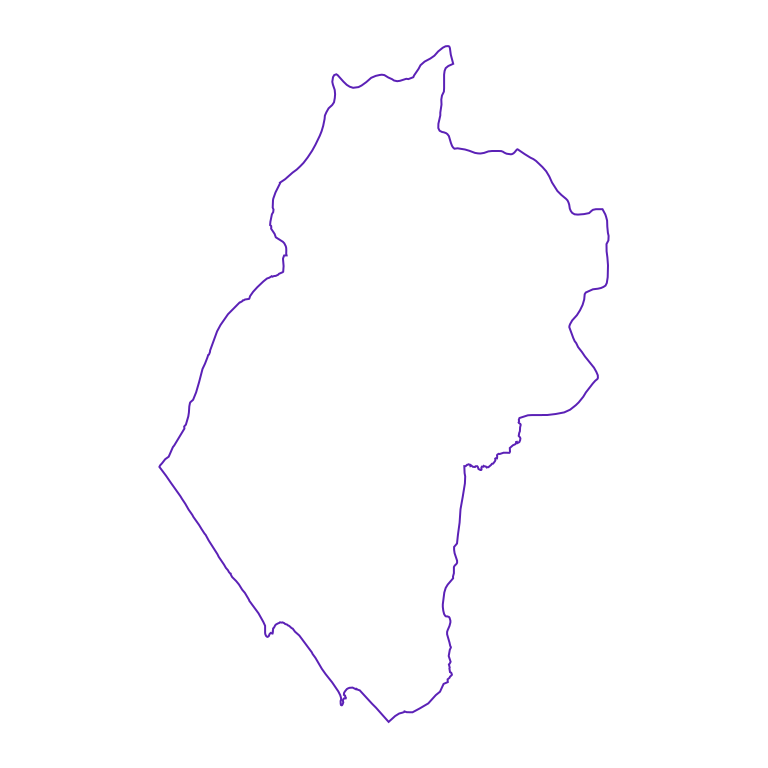 outline of Aceh Barat, Aceh, Indonesia
{"feature_id": "22746128B65593111718524", "entity_name": "Aceh Barat", "entity_type": "district", "adm_level": 2, "iso_a3": "IDN", "parent_name": "Indonesia", "parent_adm1": "Aceh", "projection": "equal_earth", "projection_center": [96.186, 4.452], "detail": "fine", "context": "isolated", "style": "outline", "palette": "violet", "viewbox_px": 768, "rotation_deg": 0, "n_neighbors": 0, "source": "geoboundaries", "source_scale": "gbopen_adm2", "svg_char_len": 6063}
<svg xmlns="http://www.w3.org/2000/svg" viewBox="0 0 768 768"><path d="M606.1,216.8L605.3,214.4L602.5,209.2L595.9,209.2L593.0,209.8L591.6,210.8L589.1,213.1L584.0,214.1L577.9,214.6L574.6,214.3L572.2,212.9L570.8,211.0L569.8,208.6L569.2,204.7L568.5,202.5L567.5,200.4L566.1,198.9L561.3,194.9L557.4,191.0L552.0,182.5L549.3,176.5L546.2,171.3L542.5,167.1L536.1,161.0L533.4,159.1L530.5,157.7L524.7,154.1L517.6,149.3L516.8,149.6L514.6,152.3L513.4,153.4L512.0,154.1L510.9,154.3L506.6,153.7L504.4,152.7L503.1,151.8L501.3,151.1L498.6,151.0L492.0,151.0L488.4,151.4L484.1,152.9L480.5,153.5L478.1,153.4L475.0,152.9L469.4,150.8L465.0,149.5L457.6,148.3L454.4,148.7L453.0,147.4L452.0,145.8L450.9,142.9L448.9,136.1L447.4,134.1L446.0,133.1L443.8,132.3L442.1,132.0L439.7,130.8L439.0,129.6L438.3,128.0L438.4,123.8L440.3,115.4L440.3,112.6L441.5,104.6L441.3,99.5L442.0,95.5L443.9,91.6L444.1,88.1L444.1,74.6L444.6,70.9L445.7,68.1L448.3,66.0L453.2,63.8L450.8,54.7L449.9,48.1L449.3,46.6L448.7,46.2L447.6,46.1L445.5,46.3L442.8,47.7L438.2,51.4L434.4,55.7L430.4,58.5L424.6,61.6L420.5,65.2L418.6,68.8L414.1,75.4L413.3,77.2L408.4,79.1L406.3,78.8L400.0,80.8L397.2,81.2L394.0,80.5L392.1,79.2L388.3,77.5L384.4,75.1L381.8,74.7L379.6,75.0L375.7,75.9L371.2,77.8L366.3,82.1L361.6,85.5L358.5,87.1L353.1,87.8L349.7,86.7L346.7,84.8L343.4,81.6L337.6,75.1L336.3,74.3L334.2,75.1L333.0,77.2L332.3,81.8L332.9,84.6L334.7,89.9L335.1,94.2L334.8,98.0L334.0,102.3L332.2,105.0L328.6,108.3L326.4,112.2L324.9,115.6L324.6,118.9L323.2,125.8L321.6,131.2L319.8,135.7L315.5,144.6L312.2,150.6L307.7,157.4L303.5,162.9L300.1,166.4L296.7,169.6L292.6,172.6L285.0,179.3L279.9,182.7L280.1,183.2L275.5,192.4L273.3,198.6L273.0,200.2L272.7,207.6L273.5,209.5L273.2,212.1L271.9,214.3L270.4,221.7L270.1,225.1L271.1,225.9L271.3,227.4L271.1,228.1L271.2,228.8L274.6,233.9L275.8,237.3L282.9,241.8L284.3,243.3L285.8,246.3L286.2,248.0L286.3,250.3L286.2,253.8L286.6,255.4L284.1,255.5L283.1,258.3L283.0,258.9L283.6,266.1L283.2,271.7L282.7,272.2L279.0,273.8L278.2,274.7L275.7,275.9L274.2,276.0L272.3,276.7L271.7,276.2L269.3,277.7L267.0,278.5L263.4,281.4L257.3,287.2L253.1,291.8L250.1,296.1L249.3,298.6L249.0,298.9L245.0,299.5L243.9,300.2L242.8,300.4L242.4,301.1L240.2,302.4L239.7,302.4L228.0,314.2L220.5,325.0L217.1,331.3L210.1,350.5L210.0,351.9L209.0,354.5L208.6,354.9L208.2,355.0L207.4,357.5L205.0,363.7L202.5,369.0L199.1,382.1L196.1,392.4L193.1,399.8L190.5,402.1L190.0,402.9L189.3,406.4L188.9,412.5L188.3,416.4L185.9,424.6L184.2,426.5L184.4,428.6L174.2,445.5L172.9,447.1L168.7,456.7L165.2,459.2L162.1,463.2L160.1,465.4L159.4,466.9L166.0,475.7L170.8,482.7L180.4,496.2L182.1,499.0L185.3,503.8L188.6,509.6L192.3,514.9L193.5,517.1L199.1,525.0L201.4,528.8L204.6,533.7L205.6,534.8L208.7,540.5L217.5,554.3L218.7,556.8L224.0,564.6L225.9,567.9L228.0,570.3L228.8,571.9L229.9,573.2L230.7,573.6L230.6,574.2L232.1,577.0L236.1,581.0L238.9,584.4L242.2,589.7L244.9,592.9L249.0,599.8L249.3,600.8L258.5,613.3L263.3,621.9L265.1,625.8L265.1,633.0L265.4,634.5L266.2,636.1L267.3,636.9L268.0,636.7L268.9,635.9L269.5,634.2L270.7,632.9L272.3,633.6L272.6,633.5L272.5,632.7L273.0,631.9L272.7,631.2L273.1,629.9L273.0,628.9L273.6,627.8L274.0,627.7L275.2,625.3L276.1,624.4L278.0,623.4L279.3,622.9L280.0,622.3L281.3,622.6L282.7,622.4L283.3,622.8L284.2,623.1L285.0,623.9L287.3,624.7L288.1,625.5L289.2,625.9L291.6,628.1L292.7,628.6L295.0,631.7L299.3,635.5L311.8,652.3L312.6,654.0L315.4,657.8L321.9,668.9L325.6,674.1L332.1,682.3L338.3,691.4L340.2,695.1L340.9,697.4L341.2,699.1L340.6,701.0L340.7,703.9L341.0,705.0L341.8,705.3L342.1,705.1L342.6,704.3L343.3,702.3L342.8,700.6L343.5,699.1L344.1,698.4L345.7,698.4L345.9,697.8L345.2,696.5L345.1,695.6L343.9,694.9L344.0,693.1L344.8,691.6L346.8,689.1L348.0,688.4L349.5,687.8L352.6,687.6L356.0,689.3L356.3,688.8L358.2,689.9L359.7,690.3L372.1,703.8L376.0,707.7L388.6,721.9L395.2,716.0L399.2,713.5L402.6,712.6L404.7,711.8L404.7,711.5L406.8,712.2L412.5,712.3L419.6,708.5L428.3,703.4L435.8,695.1L440.0,691.7L443.6,683.9L447.8,682.1L447.6,679.4L449.5,677.8L450.0,676.7L451.8,675.0L451.9,674.5L451.2,672.7L450.0,672.1L449.4,668.4L449.7,667.6L448.9,664.4L449.7,663.6L450.6,661.8L448.7,656.0L449.8,649.8L450.7,647.9L450.9,647.2L450.2,645.8L449.5,642.6L447.1,634.3L447.1,631.9L447.6,630.3L449.5,625.9L450.4,622.4L450.4,620.7L449.6,617.9L449.0,617.0L447.4,616.4L446.0,616.4L445.1,615.7L444.1,614.0L443.3,610.8L442.8,606.9L442.8,604.3L444.3,592.5L445.7,587.9L447.7,584.6L453.1,578.3L453.0,576.5L453.9,573.2L453.9,567.3L454.1,566.6L454.8,565.5L456.3,564.1L457.1,562.8L457.1,560.7L454.6,553.2L454.1,549.8L454.1,546.9L457.0,543.5L458.0,534.3L459.6,522.6L460.5,509.3L462.7,497.0L464.9,483.5L465.2,476.5L464.6,473.1L464.3,466.1L465.7,466.1L467.1,464.8L467.7,464.8L468.4,464.3L469.9,464.7L470.4,466.1L471.0,465.8L471.1,465.4L472.9,466.8L475.0,467.0L475.5,466.3L477.2,466.2L477.8,466.9L478.5,469.0L480.3,470.0L481.1,470.0L481.5,469.6L481.4,467.6L481.9,466.6L483.3,466.7L483.7,465.9L484.4,466.3L485.8,466.5L486.7,467.5L487.3,467.2L488.4,467.2L491.2,464.8L491.9,463.8L493.1,463.6L494.9,461.3L495.4,460.1L495.2,458.6L496.1,458.1L497.0,458.3L497.2,456.9L497.0,455.2L497.4,454.6L498.6,453.8L499.7,454.0L503.7,452.7L509.4,452.8L510.0,451.7L509.8,448.0L512.9,445.3L515.3,444.2L516.0,443.2L516.1,442.0L516.9,441.8L517.4,443.1L519.3,442.1L520.1,440.3L520.4,438.4L520.0,437.4L518.7,435.9L519.2,433.0L519.9,431.2L520.1,427.3L520.7,424.9L520.3,423.9L519.0,423.1L518.6,422.5L519.1,421.3L518.8,419.8L519.5,418.0L527.9,415.3L531.2,415.1L547.3,415.0L555.7,414.0L564.2,412.4L570.1,409.7L575.8,405.2L578.7,402.4L583.3,396.7L585.9,392.4L592.8,383.5L595.2,380.8L597.4,379.0L597.9,377.9L597.8,375.3L596.3,371.8L594.0,367.7L584.9,356.4L582.0,352.1L578.1,347.1L576.2,343.1L574.7,341.2L573.3,338.1L569.3,327.2L569.4,326.1L570.0,324.3L572.2,320.4L576.9,315.2L580.0,310.3L582.6,304.9L584.2,299.5L584.7,294.2L585.8,292.5L592.9,289.3L597.9,288.7L601.0,288.0L603.5,286.9L605.5,285.6L606.8,283.0L607.7,277.2L608.0,265.4L607.4,257.5L606.6,251.3L606.5,244.1L608.4,240.4L608.6,235.9L607.9,232.8L607.3,226.6L607.1,220.6L606.1,216.8Z" fill="none" stroke="#5b21b6" stroke-width="2"/></svg>